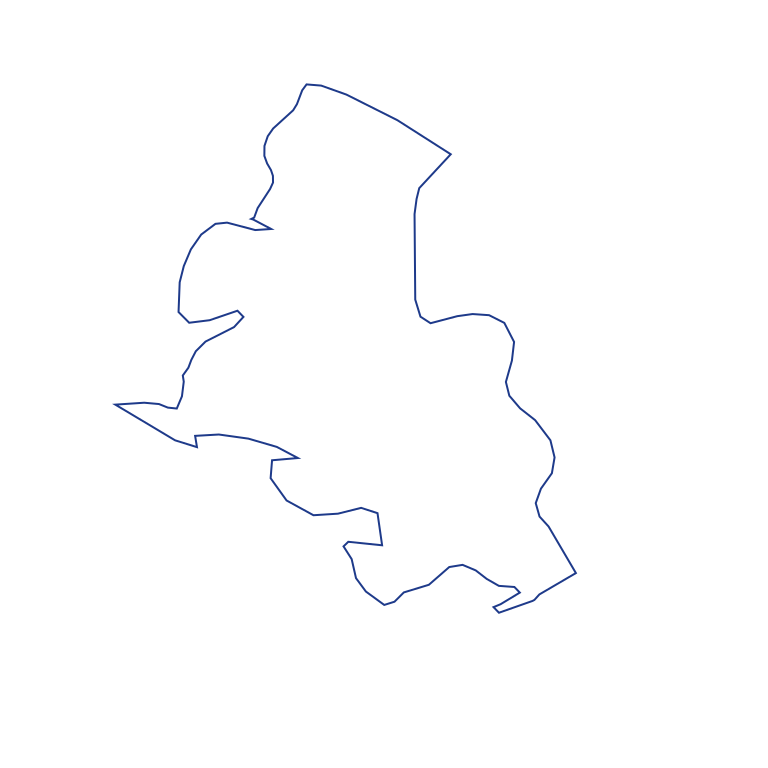 map outline of Hải Phòng (Natural Earth projection), rotated 136°
{"feature_id": "VNM-4600", "entity_name": "Hải Phòng", "entity_type": "Province", "adm_level": 1, "iso_a3": "VNM", "parent_name": "Vietnam", "parent_adm1": "", "projection": "natural_earth1", "projection_center": [106.633, 20.813], "detail": "fine", "context": "isolated", "style": "outline", "palette": "blue", "viewbox_px": 768, "rotation_deg": 136, "n_neighbors": 0, "source": "natural_earth", "source_scale": "10m", "svg_char_len": 1474}
<svg xmlns="http://www.w3.org/2000/svg" viewBox="0 0 768 768"><g transform="rotate(136 384 384)"><path d="M425.8,124.2L427.9,124.8L460.2,139.6L460.2,147.4L453.1,144.6L431.2,139.6L431.2,147.4L441.6,159.0L445.5,172.4L447.5,186.2L453.1,199.3L464.2,207.0L491.2,208.4L514.5,220.3L527.7,220.1L537.3,224.9L541.2,247.3L539.0,263.8L528.9,280.5L525.9,295.3L519.3,295.3L497.4,269.3L478.4,295.6L486.5,310.8L507.2,322.7L525.9,338.6L535.0,367.9L531.0,395.0L517.5,406.9L497.4,390.6L504.8,413.2L519.5,438.9L537.9,462.4L555.9,477.9L562.4,468.5L573.4,488.6L591.6,555.8L569.5,537.1L559.8,525.9L555.9,517.2L550.1,510.3L537.9,515.5L526.4,524.8L522.8,529.9L513.4,531.6L505.8,535.2L496.6,538.3L482.9,538.5L452.3,529.1L438.5,529.9L438.5,538.5L465.1,551.0L481.6,563.4L481.8,578.5L460.3,599.1L446.1,607.9L429.4,615.0L411.7,618.5L394.0,616.3L384.8,609.1L369.7,584.2L357.5,573.9L363.8,593.1L364.8,594.9L361.8,593.9L352.7,598.3L330.5,603.4L323.9,606.0L319.3,610.9L316.7,616.4L314.9,623.8L311.6,631.2L304.6,638.3L295.5,643.0L286.2,644.8L259.2,644.0L252.2,645.8L238.8,652.1L231.6,653.3L221.9,642.3L210.0,618.3L191.1,564.4L176.4,502.9L222.6,500.4L232.0,494.5L244.0,485.0L302.9,423.0L311.0,407.1L308.3,395.4L284.2,381.9L271.7,372.8L260.6,360.5L255.0,344.4L261.2,323.9L275.7,312.0L294.9,300.8L302.0,288.5L303.0,271.9L300.4,253.0L303.4,227.9L312.3,212.7L325.2,203.2L343.8,199.7L357.6,192.9L364.2,180.6L364.6,167.2L377.3,114.7L418.4,124.7L425.8,124.2Z" fill="none" stroke="#1e3a8a" stroke-width="2"/></g></svg>